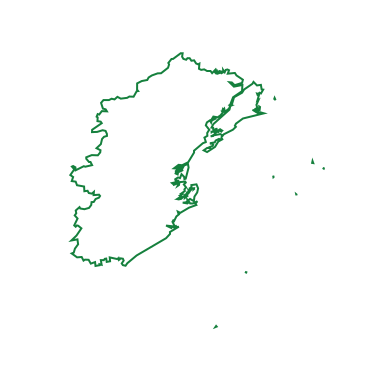 outline of Gladstone, Queensland, Australia, rotated 73°
{"feature_id": "25037944B21166714819483", "entity_name": "Gladstone", "entity_type": "district", "adm_level": 2, "iso_a3": "AUS", "parent_name": "Australia", "parent_adm1": "Queensland", "projection": "equal_earth", "projection_center": [151.305, -24.018], "detail": "fine", "context": "isolated", "style": "outline", "palette": "green", "viewbox_px": 384, "rotation_deg": 73, "n_neighbors": 0, "source": "geoboundaries", "source_scale": "gbopen_adm2", "svg_char_len": 6061}
<svg xmlns="http://www.w3.org/2000/svg" viewBox="0 0 384 384"><g transform="rotate(73 192 192)"><path d="M105.5,270.1L106.8,265.1L106.8,259.4L108.3,256.8L111.5,256.4L113.5,256.9L113.5,260.0L115.0,262.5L119.6,265.2L122.2,270.5L125.3,267.3L127.3,268.2L129.4,271.3L127.4,277.1L127.9,283.0L129.3,283.4L133.2,281.7L133.6,280.3L137.1,279.7L136.6,286.7L135.7,287.9L137.2,296.9L134.3,296.3L132.4,298.1L132.6,299.4L135.9,297.9L140.2,303.4L142.9,301.3L146.4,303.8L148.1,300.2L151.9,300.0L155.2,293.6L159.8,294.7L160.3,291.5L162.8,291.0L164.3,288.2L163.2,285.8L166.2,287.0L167.4,281.7L168.9,281.1L170.2,282.6L170.5,286.2L172.8,288.9L172.3,291.0L175.0,292.2L177.1,295.1L177.0,299.9L175.1,303.7L173.6,304.0L175.7,308.6L178.5,308.9L180.1,311.0L183.9,309.2L189.5,314.4L191.2,313.4L190.3,311.9L191.0,310.7L194.4,308.4L199.9,315.2L203.1,321.5L203.8,315.4L208.7,316.2L211.9,320.5L215.4,322.8L215.6,325.0L220.9,321.0L221.9,316.5L225.9,315.8L225.4,314.1L226.6,310.7L230.9,309.7L230.7,305.2L234.5,305.9L235.0,301.8L234.0,301.6L235.2,299.7L230.5,299.1L231.4,296.3L230.4,294.9L230.6,293.5L233.9,294.0L234.3,290.6L230.5,289.8L234.1,283.4L233.9,282.1L234.9,282.0L234.0,281.2L235.3,280.9L234.6,279.6L235.6,277.6L237.6,277.4L239.8,280.1L241.7,279.5L243.1,277.1L241.2,274.7L236.5,263.5L228.6,230.3L225.7,225.3L223.8,224.8L221.3,214.7L220.9,219.2L219.1,221.6L220.4,222.3L216.5,226.6L220.0,218.5L214.8,219.4L213.0,217.5L215.4,218.4L210.8,214.1L209.4,210.7L208.3,210.0L208.7,210.6L208.3,211.3L206.6,211.3L208.5,209.3L206.1,199.4L205.7,191.7L204.3,192.2L202.4,189.6L203.2,194.5L202.4,197.1L200.7,197.6L201.6,199.7L199.5,204.0L200.1,200.9L199.5,199.0L197.8,198.7L198.9,198.0L198.0,195.9L201.3,192.9L197.1,191.0L194.0,187.2L190.3,185.1L186.0,185.5L185.2,190.6L188.5,191.3L189.0,188.9L189.7,189.2L189.5,188.5L189.9,189.5L189.1,189.0L188.8,191.0L190.6,193.8L189.4,194.7L191.3,194.6L193.5,198.0L194.5,197.6L195.6,200.6L192.9,199.4L195.4,204.3L195.2,206.9L194.6,208.0L194.3,204.2L193.7,206.0L193.0,203.6L191.9,204.6L191.3,201.7L190.4,202.9L189.0,198.6L187.3,198.5L185.9,196.3L182.4,197.6L181.2,195.2L180.1,195.4L178.9,201.1L181.5,202.4L182.0,204.0L179.5,201.7L179.9,208.2L179.4,206.2L178.8,207.8L178.5,203.1L178.4,208.0L177.6,208.5L177.9,204.4L174.9,204.3L174.0,201.1L175.2,199.4L171.9,196.8L175.2,195.1L177.5,195.5L177.4,194.1L167.6,188.1L164.1,187.7L164.3,191.8L168.0,195.6L167.9,195.2L168.4,194.9L168.5,194.9L169.1,199.5L171.0,200.6L169.8,201.9L169.3,200.1L168.2,200.0L168.1,201.6L167.4,201.4L167.5,199.2L166.9,198.5L167.1,200.0L166.7,200.2L166.0,198.8L166.3,195.5L164.5,193.5L165.1,197.2L164.4,199.1L165.1,199.8L164.1,202.3L162.1,196.9L163.5,193.6L162.4,186.9L154.9,178.5L153.1,178.0L148.5,167.3L148.3,164.4L149.1,164.1L143.6,164.2L142.8,160.9L140.0,160.2L137.5,157.3L132.3,159.3L129.8,157.4L128.7,153.9L131.2,153.4L129.4,152.2L128.8,148.3L127.6,149.2L127.5,151.1L126.1,149.5L128.1,145.6L127.0,142.3L124.6,138.7L123.8,139.6L123.5,139.7L123.5,138.2L122.3,138.6L121.6,138.1L122.7,137.5L122.2,137.4L121.8,136.8L124.9,137.1L123.2,132.5L121.6,130.8L119.0,130.6L120.1,130.3L113.4,125.0L110.2,114.7L104.4,112.5L103.5,121.1L98.0,124.1L98.9,121.9L102.3,120.0L102.3,112.2L99.5,110.5L93.5,115.4L90.7,116.2L89.3,123.2L86.4,121.0L85.2,122.3L85.1,124.0L87.0,125.7L84.4,126.5L86.6,127.0L87.0,129.2L86.1,129.7L85.8,128.0L84.3,130.5L85.2,131.9L86.2,130.4L86.3,132.7L84.1,132.7L85.6,134.3L84.5,134.9L83.9,133.2L81.7,133.5L84.2,138.0L81.7,138.9L80.7,142.2L78.3,144.5L77.9,147.5L76.2,149.3L71.4,147.4L71.7,148.8L70.3,150.5L66.7,151.5L66.3,154.2L63.4,155.1L62.7,157.2L63.8,158.9L62.2,161.3L59.7,161.9L56.6,160.4L56.0,162.2L59.2,171.2L58.8,172.7L61.7,176.9L63.3,176.6L66.2,178.6L69.4,186.9L68.5,190.1L68.8,196.3L69.8,200.0L71.8,202.0L71.2,207.6L72.1,212.7L78.1,214.6L79.7,214.0L79.5,215.5L83.8,220.0L82.4,224.0L83.0,226.5L81.9,232.8L79.2,235.5L80.8,239.0L79.3,241.6L79.8,244.5L78.2,249.8L80.2,252.9L86.2,252.8L87.7,250.4L90.0,249.8L88.3,254.6L90.8,258.1L89.9,259.4L92.1,261.2L93.1,260.4L96.6,261.7L98.0,258.8L99.8,258.2L103.3,269.3L105.5,270.1ZM142.7,148.3L141.6,150.9L144.2,154.2L144.9,148.0L146.2,146.7L148.1,147.6L146.1,144.7L144.4,134.7L142.5,131.0L141.2,131.6L139.5,130.0L136.6,121.8L137.8,100.2L135.6,103.6L135.5,106.2L131.1,110.1L132.4,108.3L131.2,108.4L132.4,107.7L131.2,107.4L131.0,106.6L132.7,107.0L132.2,106.2L133.2,106.4L133.6,105.1L127.5,104.9L123.4,101.4L123.7,102.8L118.7,99.5L118.5,100.9L116.9,101.0L117.5,100.0L116.8,98.4L117.9,97.2L114.9,94.0L114.2,95.4L109.7,94.8L109.1,98.7L104.7,101.0L106.2,102.6L109.2,112.2L111.7,115.1L113.7,124.1L119.4,127.9L120.0,130.1L120.8,128.7L121.0,130.2L124.2,132.1L133.3,151.7L136.1,154.5L136.8,153.0L139.1,153.6L138.7,150.4L139.0,149.2L139.1,151.2L141.1,150.0L140.2,146.8L141.4,145.8L141.2,147.3L142.5,145.9L142.8,146.4L141.3,147.5L141.5,150.6L142.7,148.3ZM154.3,164.7L155.6,168.6L158.2,165.9L155.6,156.8L151.4,152.1L150.3,146.7L150.3,149.2L149.1,150.7L149.7,154.3L151.2,155.7L150.8,158.9L153.0,157.9L153.9,158.8L154.3,162.8L155.0,161.8L155.2,162.0L154.3,164.7ZM163.3,198.0L164.1,197.2L163.4,195.3L162.4,196.6L163.3,198.0ZM197.7,67.7L199.3,68.6L199.8,67.6L197.7,67.7ZM176.5,203.3L177.5,203.5L177.9,202.5L177.1,201.9L176.5,203.3ZM191.3,197.1L192.4,198.1L192.8,197.3L192.4,196.4L191.3,197.1ZM127.0,86.1L128.5,85.2L126.2,85.5L127.0,86.1ZM327.2,208.1L328.0,209.1L327.9,207.8L327.2,208.1ZM191.3,196.4L191.4,195.3L190.3,195.3L191.3,196.4ZM167.2,195.4L168.3,197.8L168.6,198.3L168.7,197.4L167.2,195.4ZM140.8,151.3L141.1,153.4L141.3,153.3L140.8,151.3ZM166.5,196.9L166.7,198.7L166.6,195.8L166.5,196.9ZM143.8,154.9L144.0,155.7L144.3,157.9L144.6,155.4L143.8,154.9ZM134.2,103.8L130.6,102.1L129.9,102.7L134.2,103.8ZM201.5,109.6L200.1,109.6L201.6,109.8L201.5,109.6ZM151.1,159.2L151.0,160.8L151.5,159.1L151.1,159.2ZM219.8,217.3L220.0,217.9L220.5,217.0L219.8,217.3ZM225.7,93.1L224.9,92.8L224.6,93.0L225.7,93.1ZM140.1,155.7L140.6,155.8L140.4,155.1L140.1,155.7ZM283.9,164.5L284.7,164.0L284.9,163.7L284.6,163.5L283.9,164.5ZM207.2,59.7L208.0,59.4L208.2,59.2L207.9,59.0L207.2,59.7ZM187.8,193.1L189.1,193.0L187.7,192.8L187.8,193.1Z" fill="none" stroke="#15803d" stroke-width="2"/></g></svg>